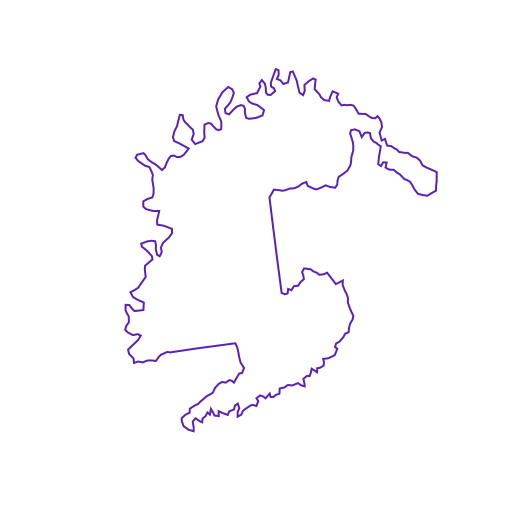 Barbosa Ferraz, Paraná, Brazil (Equal Earth projection), rotated 200°
{"feature_id": "56859067B3307529772083", "entity_name": "Barbosa Ferraz", "entity_type": "district", "adm_level": 2, "iso_a3": "BRA", "parent_name": "Brazil", "parent_adm1": "Paraná", "projection": "equal_earth", "projection_center": [-52.053, -24.072], "detail": "fine", "context": "isolated", "style": "outline", "palette": "violet", "viewbox_px": 512, "rotation_deg": 200, "n_neighbors": 0, "source": "geoboundaries", "source_scale": "gbopen_adm2", "svg_char_len": 5454}
<svg xmlns="http://www.w3.org/2000/svg" viewBox="0 0 512 512"><g transform="rotate(200 256 256)"><path d="M334.0,113.8L330.5,116.6L326.0,117.3L322.9,120.2L320.4,121.5L317.4,122.4L314.2,123.1L312.9,127.7L311.6,130.7L309.5,132.6L306.8,135.4L303.6,136.1L280.4,148.7L245.6,166.9L242.6,164.0L239.7,159.6L237.7,156.0L234.0,150.5L228.9,146.7L229.1,141.2L231.5,139.9L232.7,134.1L233.4,129.5L235.9,130.4L238.5,130.3L241.2,126.6L244.7,126.1L247.4,122.9L249.4,118.0L249.8,112.9L252.1,109.8L254.1,107.8L256.2,104.1L258.6,99.9L259.9,97.0L262.8,94.1L265.9,89.9L264.8,86.0L268.1,82.6L270.4,78.1L269.1,75.3L265.8,71.3L260.0,69.7L254.7,70.0L255.8,73.4L258.8,78.7L257.4,82.8L252.7,81.6L249.7,81.3L250.6,85.0L248.7,88.1L248.0,92.4L245.1,91.2L246.0,96.9L243.1,94.5L240.5,91.9L236.3,92.8L238.0,97.4L232.2,96.9L228.2,97.0L228.0,100.8L224.2,104.3L224.6,108.3L222.6,111.1L219.6,107.1L219.9,103.2L218.3,98.7L215.5,102.0L215.3,106.2L213.6,108.7L210.0,113.7L207.8,115.1L204.4,115.1L204.2,120.4L206.9,122.4L204.4,126.4L201.0,126.4L198.3,125.5L196.1,131.5L194.0,128.5L191.5,129.4L189.7,132.4L186.9,134.6L188.4,139.6L184.5,142.1L181.8,145.8L177.7,146.7L173.1,150.9L169.1,149.9L165.7,150.2L167.1,153.1L169.4,156.8L167.0,160.9L164.5,161.5L164.6,165.4L165.1,169.1L158.9,167.7L160.1,171.5L157.7,172.8L155.0,176.0L155.8,179.5L157.7,182.3L153.3,184.5L150.1,187.6L148.0,190.1L147.9,196.7L150.6,197.5L150.8,201.2L148.3,204.0L146.2,209.5L145.6,213.5L142.9,216.0L144.0,220.2L144.4,224.6L143.5,229.6L144.1,233.2L147.0,235.9L149.4,238.4L151.3,240.6L153.8,243.8L155.1,247.8L158.0,251.5L160.7,253.9L164.7,258.4L166.0,262.7L171.3,256.9L174.7,259.1L183.5,264.6L186.0,262.1L190.0,260.0L193.0,261.0L197.0,261.2L200.1,262.2L202.6,261.7L206.5,260.8L207.2,256.6L205.0,254.1L203.1,250.6L205.3,246.7L206.2,242.5L210.0,240.6L211.0,236.0L214.5,236.0L213.5,231.6L215.8,229.9L219.3,230.1L236.8,263.7L247.2,284.0L249.3,288.0L263.4,315.7L262.5,320.3L261.9,324.5L256.2,325.9L253.5,326.3L251.2,327.7L247.4,330.9L243.4,332.6L240.1,335.6L237.4,339.8L234.0,342.7L231.4,339.6L224.6,339.0L221.8,339.4L218.2,342.5L214.8,346.2L209.9,346.2L204.9,347.3L204.1,350.9L205.1,354.5L205.4,358.7L202.9,361.9L199.3,367.5L198.3,373.5L199.0,377.4L200.2,381.6L200.7,388.3L202.3,392.9L203.9,396.0L207.0,400.2L209.5,403.4L209.7,406.8L206.4,408.8L201.5,408.6L197.3,403.9L196.1,408.6L193.6,410.2L190.8,410.4L188.4,406.0L184.7,403.8L181.7,403.4L179.0,402.4L176.3,401.8L175.3,396.9L174.5,391.6L173.5,388.0L172.6,384.1L169.3,383.2L168.6,387.5L165.2,388.5L164.5,383.4L160.4,382.7L156.1,384.1L151.9,382.5L148.7,381.9L145.9,380.5L142.9,379.1L139.8,379.0L136.9,378.5L133.8,376.4L130.1,373.0L125.1,369.8L120.0,370.3L115.5,371.3L113.1,374.4L109.2,379.0L110.5,382.7L111.8,388.0L114.9,396.7L127.2,397.6L130.6,398.2L134.5,401.8L138.8,403.4L142.8,403.1L145.4,403.8L148.5,404.9L151.5,403.8L157.1,402.7L159.9,404.2L163.1,404.6L166.7,405.5L170.5,404.6L174.9,410.1L177.4,407.5L182.1,414.2L181.7,420.4L183.8,424.3L186.9,427.4L189.6,429.0L191.0,426.3L193.9,425.3L197.2,425.8L201.6,427.0L205.0,425.8L208.3,424.8L212.8,428.7L215.8,430.7L219.2,430.3L221.5,429.0L224.5,428.3L227.2,426.8L231.3,429.2L234.4,432.5L234.3,436.6L240.3,437.0L240.7,430.6L240.4,426.8L245.3,425.8L249.1,427.3L251.8,429.7L258.0,432.9L259.4,438.3L260.3,442.2L263.1,442.3L266.4,438.0L269.0,433.2L266.7,427.9L266.7,423.3L270.9,424.3L275.2,430.7L277.6,434.6L282.1,439.4L284.5,442.0L286.7,440.5L285.3,430.0L289.1,427.0L293.0,429.4L297.0,429.5L296.6,433.9L298.4,438.3L301.4,438.3L301.3,423.9L299.8,420.4L296.4,419.7L294.4,417.4L297.4,412.3L300.0,411.5L302.5,413.0L304.5,417.7L306.7,421.1L310.7,423.3L311.9,419.3L309.8,416.6L310.8,409.3L313.4,407.7L316.7,405.5L319.1,402.0L315.4,398.8L312.2,398.0L306.6,398.3L303.7,397.6L298.3,395.8L298.0,390.3L300.6,388.0L303.4,385.6L309.6,382.5L312.5,382.5L315.4,386.7L316.7,390.4L318.9,392.9L321.7,392.7L325.1,389.8L327.1,386.2L329.8,379.8L333.5,379.9L335.6,383.6L332.8,390.9L332.4,395.6L332.6,401.8L335.6,404.6L339.9,405.3L343.6,398.3L345.1,390.3L344.6,383.0L341.5,378.4L339.5,375.6L336.6,372.6L334.4,369.9L333.2,366.8L332.1,363.3L334.1,361.5L336.7,361.4L339.5,362.8L343.5,365.0L346.4,364.6L349.3,361.9L346.9,354.3L344.8,349.8L345.4,345.7L351.4,340.4L356.2,343.3L356.3,349.3L358.5,353.1L361.6,354.3L365.3,356.2L368.4,357.5L370.9,359.5L373.1,363.3L375.8,362.6L375.2,355.3L374.6,351.1L375.3,345.7L374.7,339.3L372.2,336.0L366.8,335.6L356.0,334.0L358.4,326.5L360.8,323.4L363.8,321.9L367.4,322.3L370.1,321.0L371.3,317.7L371.8,313.2L371.9,308.2L373.7,304.6L379.1,306.8L381.9,307.7L387.4,308.8L390.8,310.0L394.4,313.0L396.8,314.2L402.3,310.5L402.8,307.1L399.2,305.0L391.3,302.9L386.6,303.1L382.9,299.5L380.7,297.0L379.6,292.3L375.3,284.5L373.6,279.6L373.5,275.5L377.6,272.4L380.6,268.8L378.8,263.9L375.7,262.5L372.4,262.6L367.3,263.3L362.4,265.2L361.8,261.3L361.2,255.3L359.4,251.7L355.0,252.6L352.4,252.9L344.2,252.7L342.7,248.9L344.2,243.5L347.9,236.5L348.2,231.4L345.9,227.4L346.4,222.8L349.3,223.3L352.5,228.1L353.7,232.0L355.8,235.4L359.6,234.5L363.2,232.5L368.1,228.3L366.4,225.7L361.4,224.1L357.7,222.4L353.8,220.3L352.1,217.4L356.9,209.0L355.9,205.3L352.5,198.7L355.9,185.8L358.4,182.5L361.6,179.0L357.7,175.5L354.9,174.8L351.4,174.3L345.5,173.9L343.3,166.7L351.3,162.7L354.2,164.0L358.3,166.6L361.8,165.5L360.1,160.5L358.1,158.4L355.0,155.8L352.8,150.4L354.0,145.8L353.7,141.9L350.2,140.3L344.6,139.6L340.4,142.1L337.1,141.8L338.0,136.8L342.0,128.8L344.2,124.3L341.8,120.6L336.1,117.9L334.0,113.8Z" fill="none" stroke="#5b21b6" stroke-width="2"/></g></svg>